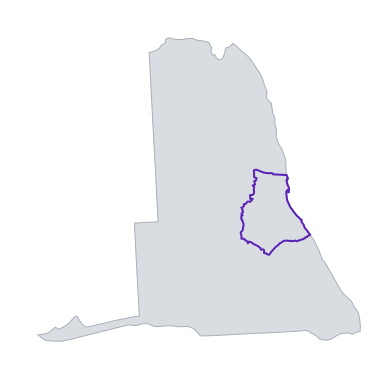 location of Erongo within Namibia, rotated 177°
{"feature_id": "NAM-3348", "entity_name": "Erongo", "entity_type": "Region", "adm_level": 1, "iso_a3": "NAM", "parent_name": "Namibia", "parent_adm1": "", "projection": "mercator", "projection_center": [15.284, -22.15], "detail": "fine", "context": "in_parent", "style": "outline", "palette": "violet", "viewbox_px": 384, "rotation_deg": 177, "n_neighbors": 0, "source": "natural_earth", "source_scale": "10m", "svg_char_len": 6683}
<svg xmlns="http://www.w3.org/2000/svg" viewBox="0 0 384 384"><g transform="rotate(177 192 192)"><path d="M308.4,53.7L313.5,52.7L318.3,51.7L324.0,50.7L328.5,49.9L329.7,49.7L340.6,50.6L345.3,51.3L346.9,51.9L349.1,53.6L353.1,57.5L352.0,57.4L344.7,58.2L342.0,59.3L335.7,64.0L334.4,63.4L332.9,62.4L331.7,62.1L328.9,63.3L326.2,64.6L323.2,66.5L320.7,68.4L319.9,69.4L316.0,73.3L314.7,74.0L313.6,74.2L313.1,74.0L312.6,72.4L310.3,68.5L306.4,63.4L305.3,62.9L304.5,62.7L301.7,62.9L293.4,64.4L286.5,65.6L275.8,67.7L264.3,69.3L257.3,70.4L251.1,70.7L251.1,75.7L251.1,86.0L251.1,96.3L251.2,106.6L251.2,116.9L251.2,127.2L251.2,137.6L251.2,148.0L251.2,158.5L251.2,163.0L251.0,164.0L247.5,164.0L239.5,164.0L232.8,164.0L227.4,164.0L227.4,170.2L227.4,177.6L227.4,185.0L227.4,192.4L227.4,199.8L227.4,207.3L227.4,214.7L227.4,222.2L227.5,229.7L227.5,235.4L227.5,236.0L227.5,247.0L227.5,258.8L227.5,270.5L227.5,282.3L227.5,294.2L227.5,306.1L227.5,318.0L227.5,330.0L227.5,333.8L225.0,333.8L220.1,335.3L217.0,337.2L215.6,339.5L213.8,341.0L211.6,341.5L210.6,342.7L210.8,344.6L210.0,346.1L208.0,347.1L204.8,346.8L200.3,345.2L194.6,344.8L187.7,345.6L182.8,345.2L179.8,343.6L176.6,342.7L173.2,342.4L171.2,341.7L167.2,340.5L166.4,338.4L166.0,336.9L164.8,335.2L164.7,333.8L165.6,332.8L165.7,331.2L165.1,328.9L164.0,327.8L162.4,327.9L161.4,327.0L161.0,325.2L160.1,323.9L157.9,322.5L155.0,323.5L153.6,325.1L152.8,327.6L152.0,328.8L151.6,330.9L151.5,332.3L150.7,333.9L149.9,334.5L149.1,334.2L147.6,334.8L144.3,337.1L143.4,338.3L140.7,336.1L132.9,327.9L130.1,325.8L126.1,320.7L117.1,305.2L115.8,302.2L114.1,294.7L112.1,289.2L111.9,286.0L112.8,284.2L112.3,281.7L111.2,279.5L108.2,276.7L107.3,267.1L105.3,261.0L105.7,255.9L104.7,251.3L104.6,248.3L105.1,242.7L103.4,236.3L100.1,230.0L97.1,221.0L96.7,217.0L97.0,206.4L96.4,202.1L96.4,197.0L95.2,191.8L94.7,188.9L95.6,186.7L96.1,187.4L96.9,187.7L97.5,184.7L97.7,182.1L96.2,175.6L92.8,168.9L84.5,158.1L82.5,153.9L81.3,150.5L72.1,136.3L68.1,126.3L65.4,117.7L62.4,113.7L48.5,85.9L45.4,81.5L39.8,76.2L38.5,74.5L36.4,69.5L32.2,62.7L31.2,56.5L30.9,49.4L31.4,43.9L35.2,43.4L37.9,41.9L40.3,41.8L42.6,43.0L45.1,43.1L46.1,42.9L50.6,43.0L53.2,41.7L56.2,40.4L58.0,39.3L60.5,38.1L63.8,36.9L65.6,37.0L67.9,37.5L71.0,37.9L72.7,38.7L74.7,41.3L77.9,43.6L80.2,44.9L82.9,46.7L83.7,47.4L84.9,47.8L85.6,47.9L90.5,47.6L95.0,47.4L99.9,47.4L109.0,47.4L118.1,47.4L127.2,47.4L136.3,47.5L145.4,47.5L154.5,47.5L163.6,47.5L172.7,47.5L176.4,47.5L182.9,47.6L189.8,47.7L190.5,47.8L191.3,48.3L191.9,48.8L194.3,51.9L197.4,55.3L200.0,56.8L203.1,57.8L206.0,58.1L208.6,57.9L213.1,58.3L219.3,59.4L225.8,59.7L232.6,59.3L237.3,59.9L240.0,61.5L242.8,62.6L245.7,63.2L249.5,62.8L254.4,61.6L258.6,61.8L260.5,62.7L261.6,62.7L268.8,61.4L274.6,60.3L283.2,58.6L290.4,57.2L300.9,55.2L308.4,53.7Z" fill="#d9dde1" stroke="#a8b0b8" stroke-width="1"/><path d="M96.7,204.0L95.8,201.7L95.5,200.5L95.5,200.3L95.7,200.0L96.3,199.0L96.6,198.7L96.6,199.2L96.7,199.5L96.8,199.3L96.9,198.8L96.9,197.8L96.4,194.8L96.2,193.8L95.8,193.2L95.4,192.4L95.2,191.6L95.0,190.7L94.9,189.0L94.9,188.8L95.0,188.5L95.4,188.0L95.4,187.8L95.4,186.7L95.5,186.7L95.7,186.8L95.6,187.0L95.8,187.4L95.9,187.5L95.8,188.0L95.7,188.5L95.9,188.8L96.4,188.6L96.4,188.9L96.1,189.6L96.4,189.3L97.0,188.3L97.3,188.0L97.6,187.8L97.7,187.2L97.9,186.0L97.7,181.5L97.3,178.1L96.7,177.2L96.4,176.0L95.6,174.3L95.1,172.7L94.3,171.1L94.2,170.9L92.7,169.2L92.2,168.3L92.1,167.7L88.4,162.6L86.6,161.0L86.4,160.5L84.5,158.7L84.0,158.5L84.0,158.2L84.1,157.9L84.3,157.2L84.3,156.7L84.2,156.4L82.2,153.6L81.9,151.9L81.1,150.1L78.7,146.9L77.2,144.4L76.3,143.2L77.8,142.3L78.6,142.0L78.9,141.9L79.1,141.6L79.3,141.2L79.6,141.1L80.5,140.9L80.8,140.9L81.0,140.8L81.1,140.7L81.3,140.4L81.5,140.2L81.9,140.2L82.1,140.1L82.4,139.7L82.9,139.4L84.7,138.7L85.7,138.7L85.9,138.7L86.1,138.6L86.7,138.3L87.0,138.1L87.6,138.0L88.2,138.0L88.4,137.9L88.6,137.8L88.8,137.7L89.0,137.5L89.3,137.5L89.7,137.4L89.9,137.4L90.1,137.4L91.6,138.1L91.9,138.1L92.0,138.1L93.4,137.7L94.0,137.6L95.0,137.7L95.3,137.8L95.8,138.2L96.1,138.2L96.6,138.1L97.3,138.1L97.6,138.1L97.8,138.0L98.0,138.0L99.0,138.4L99.2,138.5L100.5,138.5L101.3,138.5L101.8,138.5L102.0,138.4L102.5,138.4L103.3,138.1L103.7,137.9L103.9,137.9L104.1,137.8L104.2,137.7L104.5,137.4L105.2,137.0L105.8,136.5L106.0,136.4L106.5,136.4L106.8,136.4L107.0,136.2L107.2,135.9L107.4,135.7L107.6,135.6L107.8,135.4L108.0,135.1L108.5,134.8L108.7,134.7L108.9,134.4L110.2,133.4L110.7,133.1L111.8,132.4L112.1,132.0L112.3,131.7L115.6,128.5L115.8,128.4L117.1,126.6L117.7,125.9L117.9,125.6L118.1,125.4L119.8,125.6L120.0,125.7L120.1,125.9L120.3,126.2L120.7,126.5L121.2,126.7L122.2,127.1L123.2,127.3L123.1,130.0L123.2,130.3L123.4,130.6L124.6,131.0L124.8,131.0L125.0,131.0L125.8,130.8L126.1,130.8L126.3,131.1L126.6,132.4L126.9,132.6L128.8,134.4L133.5,137.0L134.9,138.3L136.1,138.8L137.1,139.3L137.3,139.5L137.5,139.4L138.7,138.2L138.8,138.1L138.9,138.3L139.1,139.1L139.3,139.4L139.5,139.8L140.2,140.3L140.5,140.6L140.9,140.8L141.1,140.9L141.9,141.7L142.0,141.8L142.2,142.2L142.3,142.4L142.5,142.5L145.0,142.8L145.0,144.3L144.8,145.1L145.5,148.3L145.4,149.1L144.5,150.0L143.5,151.2L143.2,151.6L143.2,151.8L143.1,152.1L142.8,154.2L142.1,157.0L143.0,160.0L143.1,160.6L143.2,161.0L143.3,161.0L143.5,161.1L143.7,161.3L144.1,162.0L144.1,162.3L144.1,162.7L144.0,162.9L143.9,163.1L143.8,163.4L144.0,163.6L144.1,163.8L144.2,164.0L143.9,164.9L143.9,165.7L143.7,165.9L143.5,166.1L143.2,166.0L142.9,166.1L143.0,166.3L143.8,167.5L143.7,167.8L143.3,168.0L143.0,168.4L142.2,169.0L142.1,169.4L142.7,170.9L142.7,171.1L142.5,171.4L142.5,171.6L142.4,171.8L142.5,172.0L142.6,172.3L143.4,173.6L142.4,174.0L141.3,174.9L141.0,175.3L140.9,175.7L140.9,176.8L140.9,177.0L140.5,177.2L140.2,177.2L139.8,177.1L139.5,177.1L139.3,177.2L139.0,177.4L138.2,178.2L137.9,178.6L137.2,179.3L136.8,179.5L136.5,179.6L136.2,179.6L134.8,179.2L134.4,179.2L134.1,179.4L132.2,181.3L131.8,181.9L131.9,182.0L132.0,182.1L133.8,182.0L134.0,182.1L134.2,182.3L134.2,182.6L134.2,185.2L134.2,185.5L134.1,185.8L133.8,185.8L132.4,185.9L132.1,185.9L131.7,186.0L131.3,186.3L130.7,186.6L130.4,186.9L130.3,187.3L130.0,189.6L130.0,189.8L130.1,190.1L130.2,190.6L130.2,191.2L130.2,191.5L129.7,193.0L129.7,193.3L129.7,193.5L129.8,193.8L130.9,195.1L130.9,195.3L130.6,195.5L128.6,196.2L129.2,199.3L129.2,199.6L128.8,199.7L128.1,199.9L127.8,200.0L127.7,200.1L127.5,200.4L126.9,201.9L126.8,202.1L126.8,202.4L127.0,202.5L129.0,203.5L129.2,203.8L129.2,204.1L128.9,207.8L129.0,208.0L129.2,209.1L129.1,210.2L128.6,210.7L126.6,210.9L119.7,207.8L117.0,207.0L116.7,207.0L116.1,207.0L113.7,206.6L112.0,206.8L111.5,206.7L111.2,206.7L110.9,206.5L110.6,206.3L110.1,205.4L96.7,204.0Z" fill="none" stroke="#5b21b6" stroke-width="2"/></g></svg>